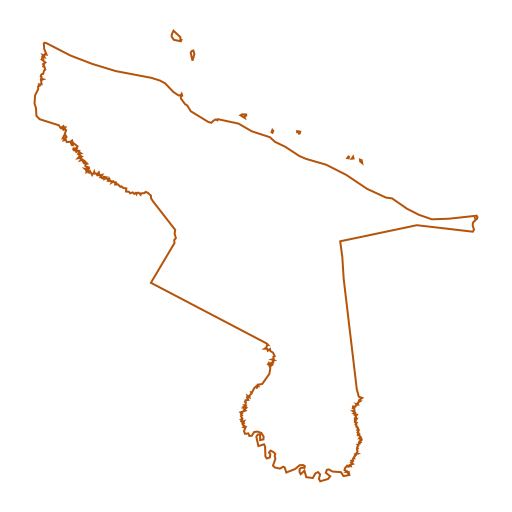 Sarmi, Papua, Indonesia (Mercator projection)
{"feature_id": "22746128B27261093121909", "entity_name": "Sarmi", "entity_type": "district", "adm_level": 2, "iso_a3": "IDN", "parent_name": "Indonesia", "parent_adm1": "Papua", "projection": "mercator", "projection_center": [139.039, -2.532], "detail": "fine", "context": "isolated", "style": "outline", "palette": "amber", "viewbox_px": 512, "rotation_deg": 0, "n_neighbors": 0, "source": "geoboundaries", "source_scale": "gbopen_adm2", "svg_char_len": 5956}
<svg xmlns="http://www.w3.org/2000/svg" viewBox="0 0 512 512"><path d="M476.6,215.7L449.2,218.7L431.9,219.3L418.9,214.8L406.9,208.7L392.1,198.4L386.0,197.6L367.0,188.8L346.1,174.8L326.1,164.7L305.8,158.8L299.3,156.0L285.3,146.8L274.9,141.8L269.9,137.2L251.8,131.3L238.5,123.6L218.0,119.2L217.4,120.3L215.9,119.4L213.6,120.6L211.3,122.8L208.2,121.9L190.7,111.2L187.2,105.4L185.1,104.2L180.9,98.5L180.8,96.3L182.2,95.7L181.6,93.8L180.7,95.3L178.5,95.4L173.3,91.9L165.2,83.4L160.1,80.6L151.2,77.8L115.8,71.1L92.2,63.9L70.4,55.5L46.1,43.0L44.3,42.8L43.8,43.6L44.2,48.9L46.5,54.5L45.0,54.1L44.6,55.3L42.7,54.8L44.4,57.3L42.3,56.8L42.1,58.6L42.9,59.1L41.9,59.6L45.4,62.5L43.1,64.1L44.0,64.9L43.2,66.4L44.5,66.9L45.3,69.6L44.1,70.4L43.2,73.8L41.5,74.3L40.7,76.3L41.6,77.0L41.1,78.7L43.3,79.3L41.0,80.2L41.6,84.3L39.0,84.3L39.7,85.7L38.1,86.4L38.2,89.1L35.1,95.4L34.5,103.6L36.0,108.1L36.4,115.8L39.6,119.2L58.9,125.3L60.7,128.1L63.4,126.1L63.9,127.2L61.9,128.1L63.4,129.8L64.1,129.3L63.8,127.7L65.4,127.4L64.5,129.3L66.1,130.1L64.8,133.9L66.0,136.1L64.0,135.6L62.7,138.4L65.6,138.1L63.9,140.3L65.9,140.0L66.8,142.1L70.4,141.7L72.1,140.5L72.4,141.6L70.7,142.5L71.8,145.1L72.8,145.2L72.5,143.6L73.3,143.0L77.5,146.3L76.5,148.3L73.5,148.4L73.2,149.3L73.9,150.3L76.3,149.5L75.6,150.9L76.2,151.9L77.5,150.6L79.3,150.9L78.4,153.2L79.8,152.6L80.9,153.3L79.0,153.6L78.8,154.6L81.3,156.3L79.4,156.6L77.8,158.3L81.2,157.8L81.6,158.7L80.3,160.5L82.8,159.8L85.6,161.8L82.7,161.0L83.8,163.1L86.1,162.5L87.2,163.7L85.4,164.1L85.4,166.4L88.9,167.4L89.0,168.4L88.3,168.8L86.8,167.3L87.2,169.5L85.0,169.0L86.4,170.3L86.4,172.0L88.4,170.1L88.4,172.4L89.1,172.7L90.1,171.3L92.1,174.9L92.7,173.6L93.8,173.6L94.3,171.8L94.9,173.5L96.3,173.7L97.3,175.3L98.2,175.0L97.8,173.4L98.8,172.3L99.4,175.3L102.1,174.8L100.4,177.3L102.7,178.2L102.7,179.2L103.5,176.7L105.9,177.2L104.5,177.9L104.4,179.0L105.9,178.1L108.0,179.7L109.0,178.3L109.6,179.3L108.2,180.8L112.1,181.3L111.6,182.6L113.5,181.4L114.1,182.3L115.8,182.3L116.9,183.9L115.5,183.0L115.2,184.5L118.1,184.5L120.3,186.8L121.3,186.3L123.4,188.0L126.3,188.4L126.0,191.5L129.0,191.8L130.1,193.3L132.7,192.4L134.3,193.9L135.7,192.9L136.5,194.1L136.8,192.9L138.6,192.7L140.6,194.7L140.9,193.4L144.4,193.1L145.6,191.9L147.7,192.7L150.9,195.6L151.1,198.4L152.9,201.2L175.2,229.9L174.6,233.7L175.9,238.1L174.2,240.1L174.5,243.0L150.9,282.8L266.7,343.5L268.1,345.0L267.2,344.9L266.2,347.7L264.6,348.7L267.3,348.8L267.8,350.7L270.0,349.1L270.2,350.8L273.0,352.7L274.7,356.2L273.3,356.9L273.7,359.1L271.8,359.5L273.9,360.3L272.1,360.7L273.5,360.9L273.2,362.5L271.7,362.7L272.6,364.5L271.7,365.3L271.1,363.6L269.6,363.9L268.9,362.9L268.0,364.3L270.3,365.6L269.6,366.2L270.3,367.9L269.4,373.8L262.2,384.0L257.8,384.7L258.5,386.2L256.7,386.0L257.2,388.5L256.1,386.8L254.6,387.5L252.1,392.2L251.1,392.2L251.6,393.4L249.5,395.6L249.6,397.3L247.6,395.9L248.1,397.7L247.5,398.1L246.5,396.5L248.3,399.9L245.6,400.3L245.7,401.8L244.3,401.3L245.8,402.7L245.6,405.0L244.7,405.1L245.7,405.8L244.0,406.7L245.5,407.3L243.8,407.9L245.7,408.4L244.2,409.8L245.4,410.6L240.6,412.3L242.0,413.2L241.0,414.1L242.0,415.3L241.0,416.1L242.4,418.6L240.9,419.5L242.0,420.2L241.2,421.3L242.0,421.9L242.2,420.7L243.0,421.6L243.8,421.3L243.1,422.3L243.8,423.0L242.4,423.9L242.9,424.7L243.5,424.2L243.3,425.6L245.3,426.5L244.1,427.2L245.5,427.4L244.0,431.2L245.0,433.8L248.3,433.4L249.4,436.0L251.8,435.7L254.2,432.0L257.4,431.6L261.3,432.9L263.6,436.5L263.4,439.4L260.1,440.1L260.1,434.6L257.9,434.5L256.3,436.7L258.4,446.1L264.0,444.3L265.1,446.6L265.4,456.4L266.8,458.5L269.9,457.4L270.3,454.1L269.0,452.6L270.5,450.6L273.5,452.1L275.3,453.9L274.7,456.0L275.4,458.8L273.0,465.7L274.9,467.5L279.9,468.6L283.3,466.7L284.7,467.5L286.3,472.5L295.2,469.0L299.7,465.2L303.2,465.1L304.8,466.1L304.5,467.8L301.3,467.8L299.6,469.2L299.5,471.9L300.7,474.2L304.4,470.6L306.3,477.2L312.8,478.0L315.5,473.3L318.0,472.1L320.1,474.4L318.9,478.8L320.2,481.3L328.0,479.0L330.2,476.3L325.8,472.8L326.9,469.8L328.8,469.4L332.4,471.5L341.0,472.2L343.5,476.1L349.4,475.0L348.9,472.7L347.6,474.2L348.3,473.2L347.7,472.2L346.2,472.0L347.2,471.4L344.5,470.1L345.1,468.0L346.5,466.3L348.1,466.6L347.8,465.7L350.9,466.2L350.6,465.4L349.5,465.8L349.7,465.0L352.9,463.9L351.5,462.8L353.0,462.5L351.9,462.3L351.3,460.9L353.1,460.9L352.7,459.4L353.5,458.0L354.3,458.3L354.3,456.4L355.3,455.4L356.2,455.9L355.1,454.3L357.4,453.7L356.3,453.4L357.6,451.3L356.9,449.0L357.8,448.4L357.1,447.2L358.2,445.7L357.6,444.8L358.6,444.7L358.8,442.9L359.7,443.1L359.5,442.0L360.5,442.0L359.9,441.1L361.1,440.4L360.2,439.2L361.5,439.2L360.9,437.6L359.4,438.0L360.7,435.9L359.9,436.7L359.5,435.3L358.3,435.2L358.9,434.2L357.9,434.2L358.4,432.5L357.6,432.2L358.7,430.3L357.4,429.9L358.3,428.9L357.6,427.3L356.6,427.3L356.5,425.3L355.2,425.2L356.1,425.0L355.5,424.2L356.7,422.7L354.9,422.0L354.9,419.7L355.8,420.4L356.5,419.2L355.5,419.5L355.1,418.2L356.3,418.0L355.6,416.8L356.9,414.8L354.7,414.8L355.1,413.7L353.8,413.4L354.9,412.6L352.7,411.0L354.5,410.8L354.2,407.9L352.8,408.1L353.1,406.4L355.4,406.6L356.3,404.7L357.6,405.1L356.6,404.1L358.2,404.5L357.8,402.7L360.2,401.2L359.0,401.0L359.2,400.0L362.2,398.0L358.8,396.7L356.8,389.3L343.7,279.0L342.3,256.8L340.2,241.3L416.8,225.2L472.8,231.7L474.0,229.6L472.7,225.6L472.9,222.7L475.6,219.9L475.1,218.2L476.8,218.9L477.5,217.3L476.6,215.7ZM180.3,37.1L173.5,30.7L171.7,34.6L171.7,36.7L173.8,39.8L180.8,41.3L181.5,39.9L180.4,39.5L180.3,37.1ZM193.3,50.5L191.6,51.2L190.7,52.7L192.5,60.7L194.4,53.9L193.3,50.5ZM246.2,114.5L242.3,114.3L240.5,115.3L244.7,117.9L244.2,116.6L246.2,115.6L246.2,114.5ZM362.2,163.1L361.7,160.2L360.0,159.6L360.2,161.5L362.2,163.1ZM300.2,131.7L297.1,131.2L297.1,131.9L298.2,131.5L298.8,133.6L299.7,133.5L300.2,131.7ZM272.4,129.9L271.5,132.2L272.4,132.8L273.3,131.0L272.4,129.9ZM351.7,158.7L353.5,158.5L353.1,156.7L351.7,158.7ZM348.7,158.3L349.1,156.9L348.5,156.5L347.3,158.1L348.7,158.3Z" fill="none" stroke="#b45309" stroke-width="2"/></svg>